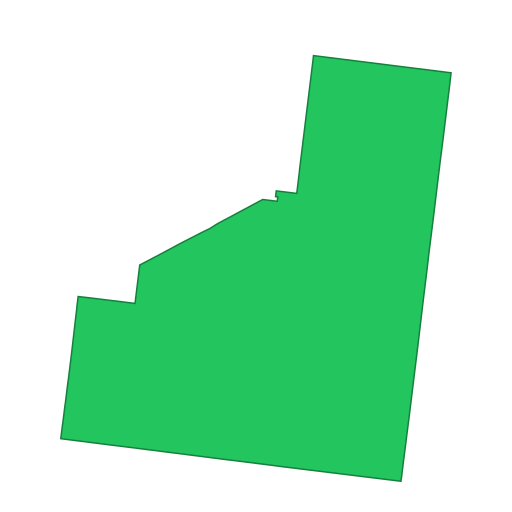 Coolgardie, Western Australia, Australia (Mercator projection), rotated 277°
{"feature_id": "25037944B30748912552839", "entity_name": "Coolgardie", "entity_type": "district", "adm_level": 2, "iso_a3": "AUS", "parent_name": "Australia", "parent_adm1": "Western Australia", "projection": "mercator", "projection_center": [120.788, -31.014], "detail": "fine", "context": "isolated", "style": "filled", "palette": "green", "viewbox_px": 512, "rotation_deg": 277, "n_neighbors": 0, "source": "geoboundaries", "source_scale": "gbopen_adm2", "svg_char_len": 2178}
<svg xmlns="http://www.w3.org/2000/svg" viewBox="0 0 512 512"><g transform="rotate(277 256 256)"><path d="M50.9,84.5L50.8,103.9L50.7,132.2L50.7,146.6L50.6,173.7L50.5,200.7L50.4,226.0L50.3,245.3L50.2,296.4L50.1,306.0L50.1,306.5L50.1,309.2L50.1,311.0L50.1,313.7L50.1,314.6L50.1,316.3L50.1,319.9L50.1,321.7L50.1,322.6L50.1,324.4L50.1,325.3L50.1,327.1L50.1,328.0L50.1,335.2L50.1,336.1L50.1,337.9L50.1,338.8L50.1,340.6L50.1,341.5L50.1,343.3L50.1,344.2L50.1,346.0L50.1,347.0L50.1,349.7L50.1,359.6L50.1,360.5L50.1,370.4L50.1,371.3L50.1,381.2L50.1,382.1L50.1,391.1L50.1,392.0L50.1,402.0L50.1,402.9L50.1,405.6L50.1,409.1L50.1,410.0L50.1,419.6L50.1,420.5L50.1,424.9L50.1,427.3L53.8,427.4L62.8,427.4L71.0,427.4L84.6,427.5L94.6,427.5L116.3,427.6L131.7,427.6L139.0,427.6L162.6,427.6L186.1,427.6L233.3,427.4L258.7,427.4L282.2,427.3L313.9,427.4L352.5,427.3L372.9,427.3L388.6,427.4L416.5,427.4L449.9,427.4L461.6,427.3L461.7,376.6L461.8,330.3L461.9,288.6L458.6,288.7L453.2,288.7L446.1,288.7L435.3,288.7L427.2,288.7L411.9,288.7L394.0,288.7L374.8,288.7L359.4,288.7L356.7,288.7L354.1,288.7L352.4,288.7L349.7,288.7L347.1,288.7L344.5,288.8L341.9,288.8L339.5,288.8L336.6,288.8L331.7,288.8L327.5,288.8L326.0,288.8L323.1,288.8L323.1,279.2L323.1,268.2L322.3,268.2L317.3,268.2L317.3,270.4L312.9,270.4L312.9,265.9L312.9,261.6L312.9,255.8L310.4,252.2L306.8,247.1L289.9,223.1L289.1,222.0L288.1,220.5L285.5,216.9L285.4,216.7L284.8,215.8L284.1,214.9L283.8,214.4L283.7,214.4L283.1,213.5L277.5,206.6L272.7,199.2L262.6,184.3L258.7,178.6L252.4,169.7L252.1,169.3L242.1,155.0L237.5,148.4L232.9,141.7L229.7,141.7L220.2,141.7L217.9,141.7L212.1,141.7L208.3,141.7L206.3,141.7L194.2,141.7L194.2,140.7L194.2,137.1L194.2,132.0L194.2,96.9L194.1,84.4L191.6,84.4L188.2,84.4L186.4,84.4L182.9,84.4L181.1,84.5L178.4,84.5L138.1,84.8L135.5,84.8L132.8,84.8L129.2,84.8L126.6,84.8L123.9,84.8L121.2,84.8L118.5,84.8L115.9,84.8L113.2,84.8L110.5,84.8L107.9,84.7L105.2,84.7L102.5,84.7L99.8,84.7L97.2,84.7L94.5,84.7L91.8,84.7L89.2,84.7L86.5,84.7L83.8,84.6L81.1,84.6L78.5,84.6L75.8,84.6L72.2,84.6L69.6,84.6L66.9,84.6L64.2,84.5L61.5,84.5L58.9,84.5L56.2,84.5L53.5,84.5L50.9,84.5Z" fill="#22c55e" stroke="#15803d" stroke-width="1.5"/></g></svg>